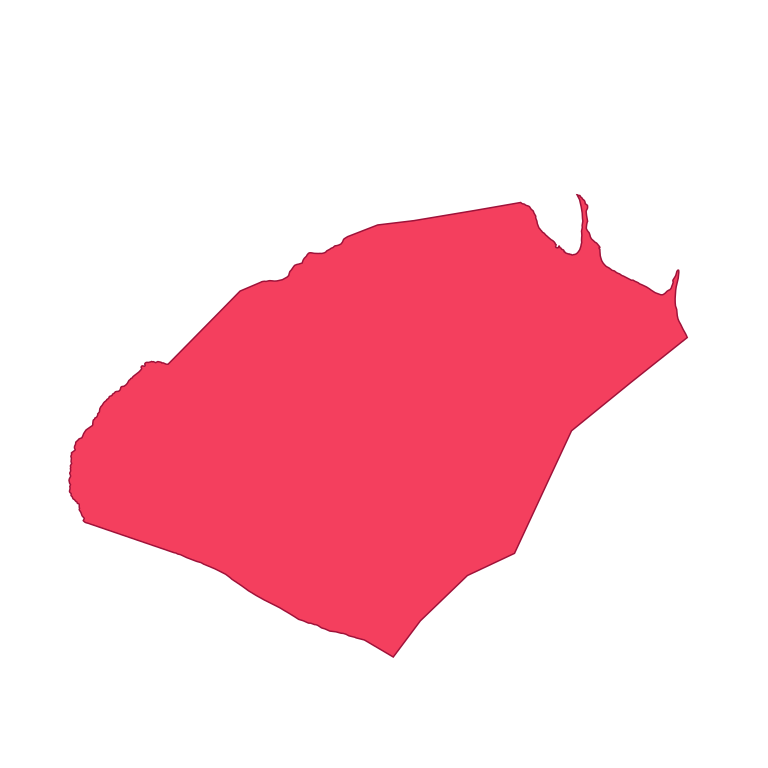 Xyargas, Uvs, Mongolia, rotated 203°
{"feature_id": "93677404B82072173731918", "entity_name": "Xyargas", "entity_type": "district", "adm_level": 2, "iso_a3": "MNG", "parent_name": "Mongolia", "parent_adm1": "Uvs", "projection": "natural_earth1", "projection_center": [93.9, 49.493], "detail": "fine", "context": "isolated", "style": "filled", "palette": "rose", "viewbox_px": 768, "rotation_deg": 203, "n_neighbors": 0, "source": "geoboundaries", "source_scale": "gbopen_adm2", "svg_char_len": 6147}
<svg xmlns="http://www.w3.org/2000/svg" viewBox="0 0 768 768"><g transform="rotate(203 384 384)"><path d="M602.8,140.1L511.2,146.7L509.7,147.1L507.4,146.9L504.7,147.4L497.7,147.1L487.1,147.5L482.7,148.1L479.5,147.7L467.5,147.8L455.4,147.0L450.2,145.7L447.6,144.8L436.5,142.7L427.9,140.7L419.0,139.4L409.7,138.4L392.6,137.3L387.1,136.5L383.0,136.0L375.7,134.9L370.6,134.0L365.9,134.5L360.2,134.4L357.9,135.2L353.9,135.4L352.4,135.9L350.4,135.9L346.2,135.1L342.6,135.5L337.3,135.4L331.4,137.1L326.2,137.8L324.0,138.5L321.1,138.8L317.9,138.5L311.7,139.5L310.6,139.4L302.1,140.7L268.8,136.3L258.0,180.2L232.4,240.3L197.7,279.1L195.0,359.3L193.1,414.2L157.4,481.8L123.0,545.3L125.7,547.8L130.2,551.3L134.2,554.8L136.9,556.9L138.9,558.9L140.8,561.6L143.7,567.0L146.2,569.8L147.8,572.8L149.4,576.4L152.1,584.2L153.0,587.6L154.5,596.4L156.2,601.9L156.8,603.2L157.2,603.8L157.8,603.8L158.2,603.1L158.4,602.1L158.1,599.9L157.9,598.5L157.9,597.1L158.6,592.7L158.4,591.7L157.6,591.0L157.3,588.4L157.3,586.5L157.1,584.7L157.3,583.5L157.8,582.3L158.7,581.5L159.8,579.8L160.6,577.6L161.9,575.5L163.0,574.7L164.2,574.3L170.0,574.0L174.7,574.8L177.2,575.4L180.3,575.9L185.0,576.1L188.1,576.1L189.3,576.5L191.1,576.6L193.0,576.6L195.4,576.9L196.7,576.2L205.7,576.9L207.4,576.8L210.1,577.4L212.4,577.3L213.9,577.5L216.0,578.1L218.6,577.8L220.3,578.3L222.4,578.8L224.1,578.9L225.6,579.1L227.5,579.9L229.5,580.9L231.8,582.6L233.6,584.7L235.0,586.5L237.2,590.7L237.8,592.1L238.5,592.5L239.2,593.2L238.6,593.8L238.7,594.2L239.5,594.8L242.9,596.6L243.9,596.9L244.9,596.9L245.9,597.3L249.7,598.6L250.3,599.1L251.0,599.6L251.7,600.3L252.5,601.4L254.2,603.3L256.5,604.5L258.4,606.0L259.0,607.4L259.8,610.2L260.2,612.4L260.1,613.2L260.4,613.7L263.4,618.3L265.3,621.7L265.5,622.8L265.5,623.4L265.4,624.1L265.3,624.9L265.5,625.9L265.9,626.9L266.5,627.9L267.6,628.3L269.2,628.6L269.8,629.7L270.3,630.3L271.0,631.0L272.1,631.5L273.5,631.8L273.9,632.3L274.7,632.7L276.1,633.1L276.8,633.7L277.4,634.0L277.9,633.9L278.3,633.5L278.7,633.3L279.5,633.8L280.2,633.6L276.0,630.1L271.6,624.0L268.4,618.9L265.9,613.8L264.6,611.6L263.6,607.4L262.6,605.4L261.9,601.8L261.2,600.6L259.8,597.8L259.4,596.4L258.3,593.4L257.3,591.5L257.0,589.5L256.6,587.8L256.3,584.2L256.6,582.6L257.0,580.8L257.6,579.4L258.3,578.4L259.0,577.8L259.9,577.3L260.7,576.6L261.1,576.3L261.8,576.2L262.4,576.4L262.7,576.4L263.4,575.9L264.1,576.1L264.5,576.1L265.0,575.7L265.9,575.8L266.5,575.6L267.4,575.7L267.9,575.6L268.3,575.7L268.8,576.1L269.6,576.0L269.8,576.1L270.0,576.3L269.8,576.5L271.0,577.4L272.3,577.6L272.5,577.4L273.1,577.4L273.3,577.5L273.9,578.0L274.1,578.2L275.0,578.2L275.5,578.5L276.4,579.3L276.7,579.4L276.9,579.2L277.0,578.9L276.8,578.3L276.8,577.8L277.0,577.5L277.3,577.2L278.6,576.9L279.1,576.9L279.5,577.2L279.8,577.6L279.7,578.3L279.8,578.7L280.0,579.0L280.1,579.6L281.1,579.8L281.4,580.4L282.6,581.1L283.1,581.4L283.7,581.5L284.5,581.9L286.4,582.1L287.1,582.3L290.3,583.3L291.9,583.9L293.1,584.2L295.1,585.2L295.9,585.5L297.2,585.6L298.0,586.0L298.6,586.4L300.4,587.2L301.1,587.7L302.0,588.0L303.3,589.2L305.5,591.5L306.9,593.7L309.3,596.2L309.5,596.6L309.5,597.0L309.7,597.4L310.2,598.1L311.1,598.7L313.1,600.3L314.1,601.5L317.0,602.5L319.4,604.1L320.2,604.2L321.0,604.2L322.9,604.0L323.8,604.0L324.4,604.3L325.2,604.4L327.1,604.0L327.9,604.1L329.1,604.5L368.1,579.3L420.4,546.0L452.0,527.9L475.1,505.4L477.4,502.1L477.7,501.2L477.7,499.2L477.7,498.3L478.4,495.9L480.3,493.9L481.6,492.9L483.1,492.0L483.6,491.2L484.2,489.8L485.7,488.3L486.6,486.8L487.9,485.2L488.7,484.2L489.3,482.4L490.8,480.9L492.4,479.8L494.0,479.2L495.4,478.5L499.3,477.0L501.6,476.5L503.2,476.0L504.0,475.5L504.6,474.8L505.2,473.0L505.4,471.2L506.5,468.6L506.8,466.9L506.8,465.5L506.6,463.4L509.4,461.0L510.9,460.0L512.6,458.3L513.0,457.0L513.9,452.7L514.6,450.7L514.4,448.4L514.1,446.6L515.0,444.5L518.3,440.3L522.9,437.0L524.9,436.0L528.7,434.8L530.1,434.2L532.7,432.3L533.9,432.0L535.4,431.2L536.7,430.2L537.3,429.4L552.8,413.3L563.8,385.3L590.5,317.8L592.3,317.1L595.3,317.2L596.8,316.6L597.5,316.9L598.3,316.8L600.9,316.3L602.0,315.1L602.4,314.5L603.2,314.4L604.9,314.5L605.7,314.0L606.8,313.9L607.4,313.2L609.6,311.6L610.6,311.4L611.6,310.6L612.0,309.8L612.1,309.3L611.9,308.7L611.3,308.2L611.1,307.7L611.2,307.1L611.6,306.7L613.1,306.4L613.8,306.1L614.2,305.3L614.1,304.5L613.2,303.7L613.1,303.1L613.5,301.4L614.4,299.1L616.6,295.2L617.9,292.8L618.3,291.0L619.2,290.1L619.4,289.0L620.2,287.6L620.5,284.5L621.1,282.6L622.3,280.5L624.3,279.2L624.7,278.8L624.9,277.9L624.6,275.9L624.7,275.1L625.2,274.1L625.4,273.6L627.0,272.8L627.7,272.3L628.2,271.9L628.4,271.4L628.7,270.4L628.9,269.9L629.5,269.2L629.9,268.5L629.9,267.2L630.3,266.7L631.5,265.6L631.9,265.1L631.9,264.8L631.8,264.0L631.9,263.5L632.0,263.0L633.1,261.3L633.0,260.9L633.7,259.2L634.1,258.7L634.6,257.4L634.8,256.5L635.1,254.3L635.8,252.3L635.9,250.1L635.1,247.2L635.2,246.5L635.9,244.6L635.5,243.9L635.4,242.9L635.6,241.2L636.9,239.5L636.7,238.8L636.9,238.0L637.4,237.5L637.4,236.5L636.6,233.7L636.2,232.9L636.2,231.9L636.5,231.3L637.5,229.8L638.3,228.5L640.3,225.3L640.9,222.3L641.1,220.7L641.0,218.7L641.1,216.4L642.6,215.0L643.4,214.1L643.5,213.5L645.0,210.0L644.4,208.0L644.5,205.8L644.0,204.2L642.6,202.9L642.6,202.4L642.8,202.0L643.8,200.2L644.4,199.3L644.8,198.3L644.3,197.8L644.1,197.2L644.0,195.2L643.6,194.5L642.9,193.9L641.7,190.2L640.7,189.1L640.5,188.8L640.5,188.4L640.7,186.8L640.7,186.0L639.9,185.0L639.7,184.3L639.6,183.5L638.9,182.5L638.6,181.9L638.4,181.2L638.5,179.4L638.2,178.7L637.4,178.0L636.6,177.0L636.4,176.4L636.4,175.8L636.6,174.3L636.5,173.1L636.2,172.0L635.5,171.1L634.7,169.9L633.8,169.3L633.2,168.8L633.2,166.9L632.4,165.7L632.0,164.6L631.8,163.1L631.4,162.0L630.6,161.4L629.4,161.0L629.0,160.7L628.6,159.2L628.1,158.8L627.1,158.5L625.5,156.9L624.8,156.7L623.8,156.6L622.3,155.8L621.7,155.5L620.8,155.5L620.4,155.2L619.9,154.7L619.5,154.3L618.5,154.5L617.8,154.3L617.4,153.9L616.4,151.5L615.9,150.9L615.7,150.7L615.6,150.3L615.6,149.7L615.4,149.1L612.9,147.4L610.4,144.7L607.5,143.3L607.3,143.0L607.5,140.8L607.1,140.5L605.2,139.9L603.8,139.9L602.8,140.1Z" fill="#f43f5e" stroke="#9f1239" stroke-width="1.5"/></g></svg>